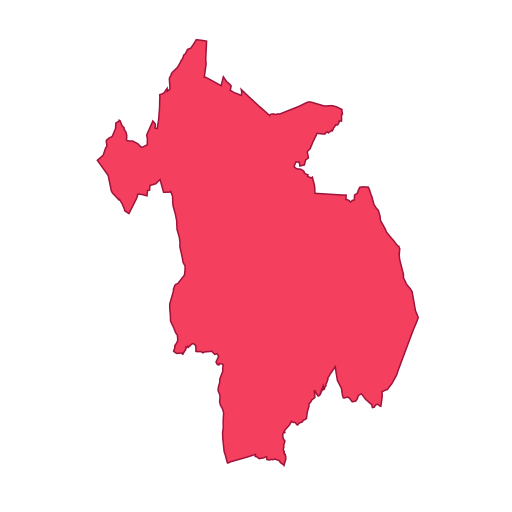 Kurmāles pag., Kuldigas, Latvia, rotated 276°
{"feature_id": "27541924B2673216189448", "entity_name": "Kurmāles pag.", "entity_type": "district", "adm_level": 2, "iso_a3": "LVA", "parent_name": "Latvia", "parent_adm1": "Kuldigas", "projection": "equal_earth", "projection_center": [21.84, 56.915], "detail": "fine", "context": "isolated", "style": "filled", "palette": "rose", "viewbox_px": 512, "rotation_deg": 276, "n_neighbors": 0, "source": "geoboundaries", "source_scale": "gbopen_adm2", "svg_char_len": 6071}
<svg xmlns="http://www.w3.org/2000/svg" viewBox="0 0 512 512"><g transform="rotate(276 256 256)"><path d="M236.8,415.0L239.3,413.1L244.2,408.1L245.6,407.6L248.6,405.6L250.3,404.8L252.7,404.7L267.4,399.3L272.9,398.1L272.9,398.3L278.3,398.2L279.6,397.3L280.6,397.1L280.7,396.3L282.1,394.5L285.3,391.7L288.4,388.3L293.5,383.2L296.4,381.7L303.9,376.4L305.5,375.8L308.9,375.1L314.1,372.9L316.5,370.3L319.6,367.9L327.7,364.8L328.3,364.3L333.8,361.9L336.3,360.4L335.9,354.9L335.3,352.1L332.5,351.0L329.1,350.2L326.8,347.6L322.6,347.9L321.6,347.4L321.5,346.2L319.5,344.2L320.8,342.9L321.6,340.7L321.6,339.5L326.0,339.3L325.6,333.8L324.5,308.0L329.4,307.4L332.5,306.7L340.3,303.8L339.4,302.8L340.6,298.9L342.2,299.2L342.8,296.7L343.8,295.3L345.1,294.9L346.1,293.5L347.1,291.0L346.9,288.7L347.3,286.7L348.8,284.6L350.7,284.9L353.5,285.8L354.1,289.1L350.1,290.2L351.6,294.6L356.6,295.3L359.1,297.9L364.9,296.1L366.8,297.2L368.2,298.6L375.1,300.6L384.4,304.0L384.3,308.8L384.5,311.8L386.6,313.2L386.8,314.1L386.0,315.1L387.4,316.4L387.7,317.3L388.0,317.3L388.5,317.9L388.9,318.1L388.8,318.4L389.3,319.0L389.1,319.1L391.3,319.8L394.9,321.8L394.7,322.7L395.0,323.6L397.7,324.7L398.4,324.5L399.0,324.7L399.2,325.0L399.0,326.9L401.8,326.8L404.3,326.2L406.3,327.2L406.9,326.8L408.1,326.8L408.8,326.3L410.7,326.2L412.8,320.4L413.4,316.8L413.4,315.0L412.6,310.8L412.4,307.9L414.8,294.7L414.8,292.6L414.4,291.4L413.4,289.5L409.5,283.4L400.3,265.9L399.5,264.0L399.4,263.6L399.7,262.9L398.8,260.9L398.8,259.6L399.2,258.8L398.6,256.0L397.5,254.7L397.2,254.7L403.9,245.5L403.7,245.5L414.4,231.2L420.1,223.9L417.4,224.7L414.2,224.6L414.4,223.2L415.0,221.9L416.1,217.4L418.1,213.1L422.6,213.5L424.4,211.5L426.3,208.6L430.8,204.8L421.7,203.5L426.7,191.8L428.9,186.1L429.1,186.0L429.0,185.9L441.6,186.3L446.8,185.4L464.5,184.4L464.8,180.0L464.9,174.0L458.7,171.0L455.7,169.2L454.4,166.4L449.4,164.4L448.4,163.2L444.8,162.4L441.8,160.8L441.3,160.8L437.3,159.1L435.0,157.9L430.4,154.0L428.4,152.7L428.0,153.0L424.2,151.4L423.1,151.3L413.2,153.0L410.5,150.6L413.4,150.1L408.4,147.3L408.0,146.5L407.4,146.0L406.5,143.5L405.2,143.4L403.5,144.1L403.2,143.8L402.5,143.8L393.0,144.6L381.0,144.9L372.5,144.4L372.4,143.8L372.8,142.0L375.2,142.3L376.9,141.9L379.5,139.3L364.8,134.6L361.3,135.7L355.2,136.2L352.4,131.8L352.4,131.0L352.5,130.1L355.3,126.7L357.4,121.4L357.2,118.4L357.2,116.0L358.0,114.9L359.4,115.1L362.8,114.8L365.8,113.6L368.2,111.7L369.9,111.3L371.4,109.3L376.3,106.7L376.7,105.7L375.9,105.7L373.5,102.7L368.2,103.0L359.9,100.5L357.6,97.1L355.4,95.1L354.3,95.1L349.8,96.2L347.2,95.0L340.3,93.5L334.6,88.2L320.6,100.6L305.9,105.2L303.7,106.6L297.5,113.8L298.0,114.3L293.7,117.6L288.3,120.5L287.3,120.7L284.9,125.2L300.2,131.0L302.8,131.7L305.2,131.9L305.3,135.8L304.4,141.3L309.8,141.3L310.4,143.3L315.0,143.1L317.5,149.0L318.6,149.7L322.0,152.6L309.7,157.4L310.6,164.1L311.2,164.3L309.1,165.6L306.6,166.8L301.1,167.5L297.1,168.3L289.3,171.4L282.8,173.4L274.1,174.7L266.3,177.9L261.3,179.0L257.3,179.3L247.1,182.7L241.9,184.2L238.8,186.4L237.9,186.7L236.7,186.6L234.8,186.9L229.5,186.8L220.4,181.1L219.5,179.3L218.2,178.3L214.1,177.3L213.7,177.5L212.2,177.5L199.1,175.2L194.8,175.7L187.6,177.1L182.3,177.8L176.1,181.6L171.3,184.1L169.0,186.1L163.8,187.0L160.8,186.0L159.4,185.1L158.5,184.9L158.3,184.6L157.0,184.8L154.6,184.6L153.6,184.1L152.6,184.0L150.8,187.2L151.8,192.7L150.9,192.9L150.7,193.4L151.2,193.4L151.3,193.8L151.8,193.8L152.6,194.4L153.1,194.4L153.3,194.7L154.7,195.3L155.0,195.7L155.7,195.5L156.2,196.0L157.4,195.9L157.1,196.2L157.2,196.4L158.0,196.5L158.1,196.8L158.8,197.2L159.1,197.5L158.1,198.2L162.1,201.7L162.2,203.2L160.5,205.5L154.9,206.2L154.7,207.3L155.2,211.3L154.1,213.4L155.2,214.7L156.4,221.4L156.7,221.9L153.8,225.3L154.8,227.4L152.4,229.3L146.2,227.3L145.7,227.9L144.6,228.4L143.8,229.3L143.9,230.6L145.1,230.6L145.3,230.9L145.0,232.3L145.2,233.4L144.5,234.7L143.0,234.6L137.5,234.9L130.1,232.9L126.0,233.1L121.9,232.3L118.9,232.2L117.4,232.7L115.4,233.9L112.4,235.0L107.6,235.0L106.2,235.4L103.8,236.3L100.6,238.6L96.7,240.2L89.3,240.5L81.5,241.4L76.9,241.2L70.7,242.1L58.4,244.7L55.0,246.2L47.4,249.1L47.1,249.6L48.7,252.3L54.7,267.3L58.6,276.2L56.5,276.2L56.6,277.3L54.8,280.4L56.1,284.9L57.5,287.1L57.1,287.7L54.7,288.1L54.5,289.7L54.6,291.0L55.4,292.8L55.2,293.8L55.4,294.7L56.0,296.0L55.3,299.0L54.7,300.8L53.2,301.7L52.2,303.3L51.6,304.8L50.6,305.7L57.2,306.9L58.3,306.8L58.8,306.5L60.0,306.5L60.9,305.9L61.3,306.0L61.8,305.7L61.6,305.4L62.4,304.7L62.7,304.8L63.3,304.5L64.7,304.5L65.6,303.6L66.3,303.3L69.2,303.7L70.4,303.3L74.9,304.1L75.1,304.1L75.9,303.1L76.3,303.0L76.4,302.7L76.7,302.7L76.9,302.4L77.7,302.1L78.3,301.6L78.9,301.7L81.4,301.3L82.5,301.4L83.0,301.7L83.2,302.1L83.1,302.7L83.4,303.0L83.8,303.2L84.6,302.3L85.0,302.5L86.9,303.6L91.0,306.7L94.7,308.4L95.2,308.4L94.5,310.0L94.4,311.0L94.6,311.8L94.3,312.7L92.6,314.1L92.3,315.1L94.3,316.4L95.9,319.5L97.6,320.2L98.3,321.6L99.6,323.2L106.1,323.3L112.1,324.4L114.4,324.1L116.5,325.7L118.6,326.5L121.5,329.4L127.9,328.1L127.9,329.1L127.1,329.1L126.7,329.6L126.2,329.8L126.1,330.1L124.9,330.7L124.9,331.1L124.4,331.6L123.5,332.0L123.7,332.5L123.4,332.7L123.3,333.0L124.9,334.3L126.4,334.3L126.5,334.6L126.2,334.8L126.5,335.0L128.5,334.8L128.6,335.5L128.8,335.7L130.2,335.3L131.1,335.4L131.5,335.8L132.2,336.1L133.9,336.4L132.9,336.8L131.2,336.5L130.0,336.8L130.5,337.7L130.8,337.9L132.8,338.2L134.2,339.1L136.2,339.0L137.4,339.6L139.9,340.1L140.6,340.5L141.6,340.1L142.9,340.5L145.1,341.7L146.3,342.0L148.1,343.2L149.7,343.8L152.2,345.5L154.4,346.2L154.5,346.4L148.5,347.8L140.6,350.0L133.5,354.7L126.3,356.6L124.1,357.7L123.9,358.3L125.3,361.9L124.0,364.3L121.4,366.5L121.1,367.0L122.0,370.2L123.9,371.4L128.1,372.5L129.7,374.8L129.9,375.4L125.1,379.8L119.9,387.0L118.2,387.2L117.4,387.7L117.8,388.6L117.9,389.3L119.5,390.1L120.7,391.1L121.3,392.2L121.1,392.8L119.7,395.0L119.6,395.9L129.1,396.2L134.3,395.6L136.7,399.9L136.8,400.5L143.4,404.5L152.0,408.2L157.9,409.5L199.5,420.3L207.6,422.8L211.8,423.8L218.3,420.3L236.8,415.0Z" fill="#f43f5e" stroke="#9f1239" stroke-width="1.5"/></g></svg>